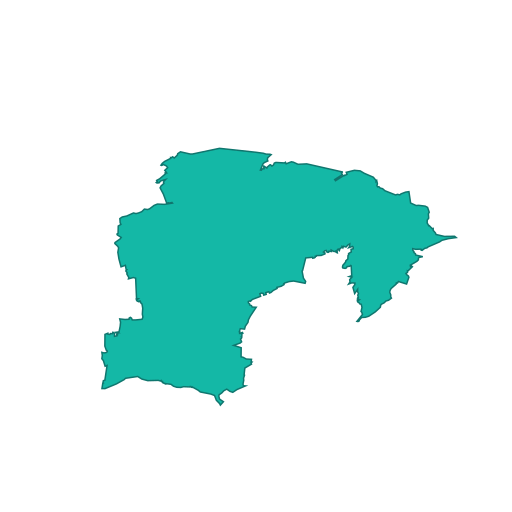 Prunisor, Mehedinti, Romania (Robinson projection), rotated 158°
{"feature_id": "2599482B58600020979646", "entity_name": "Prunisor", "entity_type": "district", "adm_level": 2, "iso_a3": "ROU", "parent_name": "Romania", "parent_adm1": "Mehedinti", "projection": "robinson", "projection_center": [22.902, 44.608], "detail": "fine", "context": "isolated", "style": "filled", "palette": "teal", "viewbox_px": 512, "rotation_deg": 158, "n_neighbors": 0, "source": "geoboundaries", "source_scale": "gbopen_adm2", "svg_char_len": 6140}
<svg xmlns="http://www.w3.org/2000/svg" viewBox="0 0 512 512"><g transform="rotate(158 256 256)"><path d="M287.0,380.9L290.2,380.2L291.3,378.9L295.1,377.5L296.1,379.2L297.7,378.9L298.3,379.3L298.6,378.5L305.4,377.9L308.2,377.0L310.1,375.8L309.6,375.3L307.5,375.4L305.3,373.0L304.8,371.0L308.5,369.6L307.8,367.2L308.3,367.1L308.0,366.6L309.2,366.9L309.1,366.1L316.4,363.7L319.8,363.3L319.6,362.1L321.0,361.5L320.4,360.7L319.1,361.3L319.7,360.7L318.6,360.1L316.3,361.3L311.2,360.8L313.2,359.9L314.1,359.1L314.2,357.8L317.8,356.5L319.4,355.1L318.7,348.1L319.0,338.6L317.4,338.2L317.5,337.8L313.8,337.1L313.6,336.3L321.6,338.2L328.0,341.1L331.5,341.1L337.1,339.6L339.1,339.7L341.9,341.3L345.3,339.9L348.9,339.9L351.4,340.3L353.5,341.8L360.8,341.5L365.4,342.3L368.2,341.7L369.5,337.7L369.4,335.9L372.5,335.4L375.4,328.7L376.7,328.4L376.7,327.5L374.0,323.7L375.7,322.7L381.7,321.3L382.2,320.4L380.6,316.9L380.3,315.1L382.7,311.2L384.2,304.6L385.2,296.5L380.6,296.3L381.5,291.9L381.0,291.7L382.3,290.9L381.7,288.5L382.5,287.8L382.0,283.7L382.8,282.6L377.8,282.0L375.9,280.5L382.5,261.9L383.0,261.3L381.2,260.5L383.3,259.9L383.1,258.8L381.7,257.4L381.1,258.0L380.3,257.7L380.3,255.4L379.7,254.1L380.6,250.0L383.2,244.6L383.7,241.8L385.3,240.0L391.5,241.8L394.7,243.1L394.7,245.0L395.5,246.2L396.8,246.0L397.4,244.9L401.2,246.2L405.9,248.7L406.4,245.3L408.3,241.7L411.4,237.0L413.9,237.6L412.7,236.4L414.2,236.8L413.4,235.8L414.0,234.8L414.6,235.1L414.9,234.1L417.3,234.5L416.3,237.0L416.7,238.4L417.3,238.9L418.2,237.8L420.0,238.6L420.9,238.0L422.6,239.0L422.3,239.9L425.4,239.9L429.9,229.1L430.1,224.7L429.5,224.1L429.7,223.0L431.3,222.6L433.3,223.1L435.0,224.4L435.8,221.3L437.4,218.5L436.7,216.1L437.2,210.3L435.1,210.3L442.7,197.4L444.2,197.6L445.3,196.0L445.1,195.4L445.8,195.3L448.5,190.8L445.7,189.6L433.3,189.7L424.5,190.8L422.8,191.5L410.8,188.6L408.0,184.7L403.1,181.0L393.2,177.3L391.8,176.2L390.7,176.1L391.0,175.6L389.7,174.7L390.2,174.1L389.6,173.0L389.2,173.1L388.5,171.9L387.6,171.6L387.5,171.0L386.8,171.1L382.9,168.9L381.3,166.2L378.7,164.0L375.0,162.3L372.2,162.0L366.4,159.4L365.9,159.7L365.1,158.5L364.4,158.1L364.2,158.5L359.9,153.2L358.6,150.8L349.6,144.9L346.7,142.2L346.8,137.1L345.0,132.7L344.9,131.1L340.8,133.1L343.4,137.0L343.0,139.9L342.3,141.1L338.9,141.9L336.4,143.1L333.0,143.5L330.8,140.2L328.6,138.3L323.7,139.3L314.5,139.5L316.2,140.4L316.1,142.0L313.9,145.4L313.3,147.4L311.3,149.8L311.6,150.2L308.3,156.3L300.7,157.4L300.7,158.7L299.4,159.2L300.1,159.8L298.9,161.9L303.6,164.1L305.9,166.9L307.6,168.1L304.1,176.5L310.2,181.5L303.3,181.2L301.5,181.8L301.5,184.8L300.3,185.2L299.7,185.9L299.9,186.5L299.4,186.5L298.3,188.9L299.0,189.7L297.2,189.3L297.2,190.2L300.1,190.4L299.4,191.9L299.8,192.1L297.8,194.5L294.0,192.5L292.2,194.9L288.3,197.5L286.9,199.7L283.9,202.3L275.0,208.4L278.7,210.1L278.8,211.7L280.2,213.0L279.9,213.9L280.6,215.4L280.2,216.7L278.0,216.6L278.6,215.8L275.7,217.1L266.8,216.9L266.6,219.6L264.9,219.6L263.3,218.6L263.5,216.8L260.9,216.6L260.7,218.4L257.5,218.1L257.4,216.6L255.8,216.6L252.9,217.6L248.6,218.0L248.4,219.1L244.0,218.5L240.7,219.0L240.7,219.9L239.3,220.2L235.0,219.9L230.5,218.7L220.7,212.3L219.5,213.8L220.3,217.7L218.9,224.8L218.3,225.0L210.6,235.6L204.0,233.6L204.2,232.7L202.6,232.4L201.5,232.7L201.2,233.5L200.2,233.2L199.8,233.7L195.3,232.1L191.3,232.1L190.9,232.9L192.0,234.4L190.1,235.1L188.7,234.8L188.9,233.4L188.0,232.4L187.2,232.3L187.0,233.1L186.4,233.1L184.4,231.9L184.0,233.3L182.3,231.2L181.0,230.5L180.2,230.7L180.3,229.4L179.4,228.5L178.8,230.7L177.9,231.5L177.2,231.6L176.8,229.8L176.0,230.5L176.1,231.2L173.6,231.8L173.0,231.4L172.8,232.1L172.5,231.4L172.5,232.2L172.1,232.3L172.1,231.3L171.2,232.2L169.2,230.6L166.6,231.8L164.5,232.1L165.6,229.9L166.9,229.0L162.9,228.7L162.6,227.7L163.1,226.3L165.4,226.6L166.1,224.1L169.2,223.6L169.2,222.9L170.5,222.0L172.0,218.8L174.4,218.0L175.4,216.7L178.9,214.9L180.0,213.3L180.0,212.4L178.0,211.1L176.6,211.1L175.5,212.1L173.1,211.4L171.7,211.8L171.4,211.3L174.6,201.9L177.2,202.0L175.0,200.5L178.0,199.0L178.6,196.7L180.6,195.3L177.2,195.2L174.4,193.8L175.2,192.4L177.9,190.6L178.5,185.1L178.6,184.2L174.3,187.0L175.2,184.9L175.0,182.9L176.3,181.6L176.6,179.4L177.1,179.3L176.9,178.7L178.0,178.3L178.1,177.7L176.6,176.7L177.6,176.5L177.9,177.2L178.5,177.2L178.9,176.4L178.7,174.8L178.1,174.5L177.7,172.7L176.5,171.8L177.0,168.6L179.4,165.2L179.0,164.3L179.2,161.9L186.9,157.6L186.0,157.0L184.7,157.1L184.2,157.9L181.1,159.4L177.5,158.2L174.0,157.9L166.3,159.5L159.9,161.9L158.8,163.7L157.8,164.3L154.7,164.6L152.3,165.6L149.7,165.3L146.2,166.2L146.4,167.6L145.6,169.5L145.6,172.3L144.7,173.7L143.0,175.2L136.6,177.4L135.9,178.5L134.9,177.9L133.5,179.0L126.9,173.6L122.2,179.0L122.2,180.4L123.3,182.3L123.5,183.7L121.7,184.0L121.2,185.4L121.0,185.1L115.0,187.5L115.5,188.5L116.7,188.4L116.4,189.7L108.8,190.8L106.9,191.6L106.3,193.0L105.3,193.6L101.6,192.9L107.6,197.1L107.3,198.4L108.3,200.1L107.9,200.9L108.5,202.5L107.9,204.1L105.5,202.4L101.1,200.8L100.1,200.1L100.6,199.5L99.9,199.0L96.6,199.9L94.5,199.5L92.8,200.0L80.5,200.3L77.7,200.9L71.1,200.0L63.5,198.1L64.5,199.9L74.0,203.6L81.0,208.5L81.0,210.1L82.1,213.4L81.4,215.2L82.4,215.4L84.0,219.3L84.5,219.3L84.9,222.6L83.8,225.1L81.7,226.4L80.4,230.5L79.0,231.7L78.7,236.8L80.5,238.9L86.3,242.1L88.6,242.8L92.8,247.2L90.1,258.4L93.4,259.2L98.3,259.3L99.7,258.8L101.8,260.2L103.7,260.3L112.0,268.2L113.4,271.0L115.4,272.5L116.1,274.2L117.4,274.6L117.5,276.0L116.4,277.4L115.8,280.8L116.7,280.3L116.4,281.0L117.7,285.1L124.7,292.2L127.5,295.9L132.7,298.6L141.0,299.8L141.0,297.6L143.8,297.4L143.9,297.8L154.1,296.0L154.4,297.4L145.5,299.1L145.6,301.5L144.0,301.3L174.4,322.4L182.7,325.3L186.2,329.0L187.9,330.1L193.5,330.2L193.6,331.9L194.7,331.6L202.5,335.3L204.2,335.3L205.8,333.8L207.6,333.4L208.3,335.1L209.0,335.3L212.3,334.2L213.0,333.5L215.0,336.4L215.7,335.6L215.4,335.1L215.8,333.9L217.5,334.4L219.0,333.5L219.8,334.0L215.0,338.8L213.3,339.5L209.4,339.7L209.5,340.8L208.4,342.7L204.0,344.3L204.9,345.1L208.5,346.7L210.7,348.5L217.0,352.1L249.5,369.5L276.9,374.4L278.8,375.2L287.0,380.9Z" fill="#14b8a6" stroke="#0f766e" stroke-width="1.5"/></g></svg>